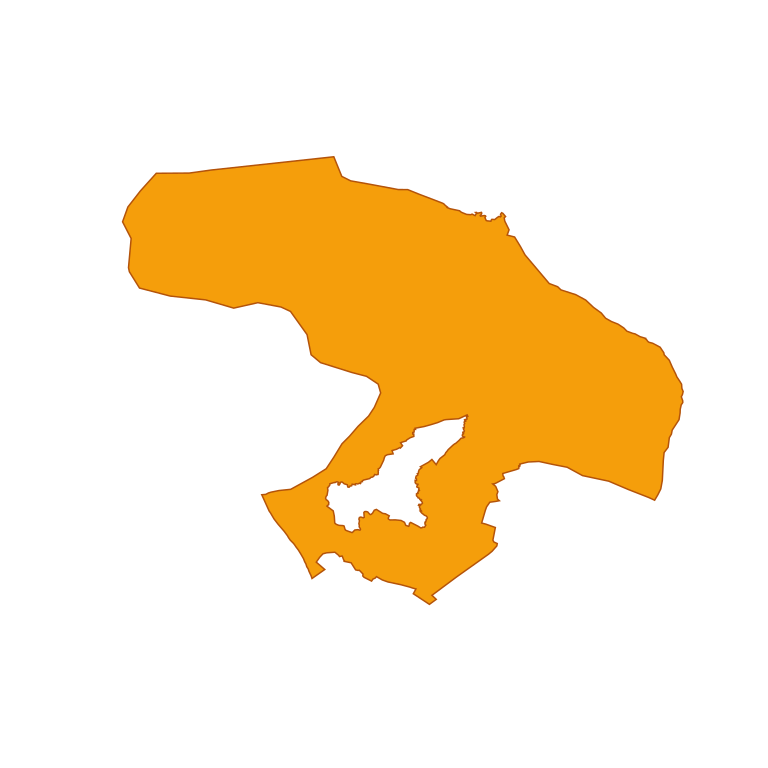 Ohaukwu, Ebonyi, Nigeria (Natural Earth projection), rotated 285°
{"feature_id": "59680162B24000905354670", "entity_name": "Ohaukwu", "entity_type": "district", "adm_level": 2, "iso_a3": "NGA", "parent_name": "Nigeria", "parent_adm1": "Ebonyi", "projection": "natural_earth1", "projection_center": [7.913, 6.539], "detail": "fine", "context": "isolated", "style": "filled", "palette": "amber", "viewbox_px": 768, "rotation_deg": 285, "n_neighbors": 0, "source": "geoboundaries", "source_scale": "gbopen_adm2", "svg_char_len": 6169}
<svg xmlns="http://www.w3.org/2000/svg" viewBox="0 0 768 768"><g transform="rotate(285 384 384)"><path d="M342.9,669.0L341.8,675.5L347.9,677.2L354.3,678.5L362.9,677.8L382.4,673.6L390.3,672.3L396.4,674.8L406.0,673.5L410.0,674.6L414.0,674.3L425.9,678.2L432.7,677.5L436.2,676.7L440.8,676.5L443.4,677.4L445.1,676.9L448.6,674.5L451.1,675.0L454.2,674.9L456.8,672.9L460.8,671.5L463.1,669.1L466.7,665.0L469.1,663.2L475.0,658.0L480.8,653.4L484.7,647.1L486.6,646.2L491.0,641.2L492.9,633.0L492.9,629.0L493.5,627.7L494.8,626.1L495.4,624.6L495.8,624.8L496.0,619.1L497.4,613.5L497.3,611.1L497.9,604.9L500.2,601.1L502.4,594.5L503.2,587.6L504.9,581.0L508.8,575.5L512.2,566.6L517.3,557.1L519.9,546.2L520.7,530.6L522.9,526.6L523.8,517.6L545.2,486.8L552.0,480.3L559.8,472.1L559.7,464.4L565.3,464.9L572.6,458.5L575.6,457.1L577.2,458.1L579.6,454.7L579.9,453.3L578.1,452.6L576.5,453.7L575.5,453.1L575.7,451.8L574.4,450.5L571.5,448.4L571.0,445.6L570.2,445.2L568.9,445.1L568.3,441.4L568.4,440.4L570.9,438.4L572.3,438.9L572.7,438.5L572.7,437.3L571.1,433.8L571.5,433.3L573.3,434.2L574.4,434.2L575.0,433.7L573.4,430.5L573.1,430.1L573.7,429.0L573.4,428.2L573.2,428.7L572.3,429.0L570.2,428.4L570.9,425.1L570.0,424.0L569.2,419.9L569.9,414.3L570.9,412.1L570.4,402.5L570.8,399.3L571.3,399.5L572.4,396.9L573.4,395.3L573.8,393.9L576.4,368.8L577.9,356.6L575.5,347.4L573.3,318.9L571.6,299.2L573.6,289.5L590.5,276.7L546.0,161.8L537.3,141.2L528.6,109.5L507.4,98.7L488.7,90.8L473.0,89.5L459.1,102.1L430.2,107.1L426.5,109.0L413.4,123.0L413.6,154.8L419.1,190.0L418.4,219.2L429.9,241.1L431.7,264.6L429.9,274.9L411.8,296.9L393.4,306.0L388.2,317.2L386.8,349.9L386.9,365.1L382.4,378.4L374.5,383.1L358.9,380.7L349.0,377.4L336.4,369.9L324.6,364.2L315.4,358.9L300.4,354.5L287.2,350.1L275.3,339.1L258.1,321.1L253.9,310.1L250.3,302.9L248.8,300.5L246.8,298.4L245.4,294.6L231.5,306.0L230.1,307.7L225.2,312.7L221.2,317.9L215.8,325.8L212.3,330.2L210.9,331.5L208.9,333.9L206.7,337.7L205.5,339.3L203.9,341.1L201.5,344.2L198.2,347.7L194.4,351.5L191.9,353.3L189.9,355.2L187.5,356.7L185.8,358.6L183.8,359.9L179.9,363.2L177.5,364.8L189.5,374.8L194.4,364.7L199.9,366.7L204.2,369.0L206.1,372.3L208.8,380.1L206.8,384.5L205.8,385.7L207.0,388.0L206.8,388.3L203.4,390.8L203.1,391.4L202.4,391.4L202.8,398.5L197.1,404.7L197.2,407.1L197.7,408.4L195.0,412.9L193.1,413.2L192.1,414.8L190.4,423.0L192.8,423.9L194.2,425.7L196.0,426.6L194.3,433.0L193.8,439.0L194.5,452.3L194.5,461.5L194.3,464.4L194.3,467.9L189.0,466.6L182.9,484.9L189.5,490.2L192.3,485.0L216.5,504.1L246.6,529.0L250.4,531.7L256.8,534.9L259.2,534.7L259.8,531.1L261.3,529.6L274.2,528.7L275.0,518.7L275.0,514.3L288.3,514.6L291.9,514.9L297.2,516.8L299.5,522.3L301.1,525.6L302.2,523.4L306.3,521.6L309.5,521.9L314.0,518.4L315.6,514.9L316.7,517.2L323.7,524.8L325.6,523.5L326.1,522.7L328.3,521.9L335.6,533.9L337.2,536.1L339.1,535.6L339.5,536.4L339.8,536.4L340.2,535.6L341.1,536.4L341.8,535.9L346.0,543.5L349.3,553.8L350.0,568.1L351.0,582.5L346.9,599.5L348.3,626.2L345.3,647.5L342.9,669.0ZM270.2,357.0L272.4,357.8L273.6,357.5L276.1,361.6L276.0,362.1L277.2,363.4L277.4,364.1L277.2,365.7L275.6,365.3L274.8,365.7L274.7,366.7L275.5,367.1L277.8,367.5L278.3,368.1L278.4,369.2L277.3,371.4L277.2,374.7L275.2,375.6L275.2,376.9L275.9,377.4L276.6,377.5L277.3,379.1L279.0,379.2L279.2,382.5L280.1,382.1L280.5,382.7L280.7,384.6L281.8,385.9L281.7,387.0L282.3,387.2L282.9,386.8L283.8,387.6L284.1,388.4L284.9,388.1L286.1,389.4L288.9,394.6L290.5,395.6L291.0,396.8L292.1,397.9L294.2,398.4L294.2,399.9L295.1,401.7L297.1,401.4L298.6,400.8L299.1,401.1L299.8,400.7L300.6,400.4L301.3,401.3L302.8,402.0L310.3,403.4L312.9,403.4L315.0,403.8L316.6,405.6L318.9,410.9L321.8,409.0L324.2,413.0L326.7,415.8L326.4,416.4L329.2,417.9L331.5,415.2L332.5,416.5L334.8,420.2L335.7,420.3L338.8,423.1L341.1,426.4L343.4,425.7L343.1,424.7L344.6,424.3L345.4,425.5L347.9,424.9L348.3,426.2L349.3,425.5L353.3,433.8L356.6,439.4L360.6,445.8L364.9,451.4L365.7,453.2L369.8,465.2L375.7,472.3L374.5,473.3L373.7,472.1L372.7,472.9L371.6,473.2L371.3,472.5L370.7,472.5L370.7,471.5L370.3,471.1L369.6,472.0L369.1,472.4L368.7,471.4L367.6,471.4L366.6,472.2L365.5,471.8L363.2,472.8L362.3,472.8L362.2,471.9L360.9,472.5L359.5,473.8L358.6,473.7L357.8,472.6L356.9,473.0L357.0,473.6L356.7,473.7L356.4,473.7L355.7,472.9L354.6,472.9L354.1,473.2L353.7,473.9L353.8,474.5L353.6,475.6L353.3,475.5L352.4,474.3L351.6,472.5L348.8,471.0L345.3,468.7L344.3,467.6L342.7,466.4L337.1,462.9L336.1,462.6L333.5,461.4L331.4,461.0L326.6,457.4L324.3,456.5L319.6,455.3L323.5,449.8L319.9,447.2L313.5,440.6L312.9,442.1L310.4,440.2L308.3,440.0L307.7,440.2L306.6,440.2L306.0,439.4L305.0,440.2L304.4,440.0L303.4,438.9L301.2,438.9L300.8,439.9L299.2,440.4L299.0,439.0L296.7,439.7L295.8,441.1L295.9,442.8L295.3,442.7L294.0,442.2L293.1,442.3L292.5,444.7L290.8,444.9L290.7,445.5L290.4,445.8L290.0,445.6L289.6,444.9L288.6,445.0L287.9,444.6L287.2,445.1L286.3,443.8L284.5,444.3L283.3,446.1L282.8,446.5L283.0,447.1L282.5,448.0L282.0,448.3L281.7,448.9L282.0,449.7L281.8,450.1L281.1,449.6L280.2,451.0L279.4,451.7L278.8,452.0L277.4,451.2L276.8,448.9L275.8,448.7L275.8,450.3L275.0,449.8L273.8,450.3L272.8,451.5L272.2,451.3L271.1,452.9L270.6,451.8L269.2,453.7L267.7,457.1L267.5,458.9L266.4,460.4L265.2,460.6L264.2,459.9L263.6,459.8L262.8,460.2L261.5,459.5L260.9,459.9L260.4,459.4L258.9,460.1L258.5,460.9L256.1,460.2L255.8,458.5L255.0,457.9L254.5,456.8L255.5,453.5L257.2,445.6L256.1,444.7L253.5,444.9L252.9,444.6L253.1,441.6L255.7,439.6L256.6,435.8L255.7,430.2L254.2,424.9L254.8,423.1L255.6,422.8L258.0,423.2L259.0,419.0L258.7,416.2L260.9,409.1L259.6,407.3L256.4,406.4L254.9,405.5L254.3,404.5L254.9,403.3L256.2,401.4L256.2,399.6L255.7,398.3L254.7,397.8L250.1,399.4L249.4,398.6L249.5,396.1L248.7,394.8L247.0,394.7L245.5,395.7L242.4,395.9L241.5,396.6L239.6,397.0L238.1,398.6L237.6,398.9L236.8,398.8L236.5,398.2L236.6,396.6L235.4,393.6L232.8,392.1L232.2,391.6L232.6,386.6L232.9,384.6L233.8,383.8L236.5,382.2L236.6,381.0L235.8,377.0L236.1,374.2L237.0,372.4L243.5,370.2L248.3,367.8L251.2,360.5L251.9,360.7L253.1,361.8L255.4,361.3L256.8,359.7L257.3,358.1L258.6,357.1L260.6,357.2L261.7,357.8L267.0,357.3L267.9,356.8L269.4,356.3L270.2,357.0Z" fill="#f59e0b" stroke="#b45309" stroke-width="1.5"/></g></svg>